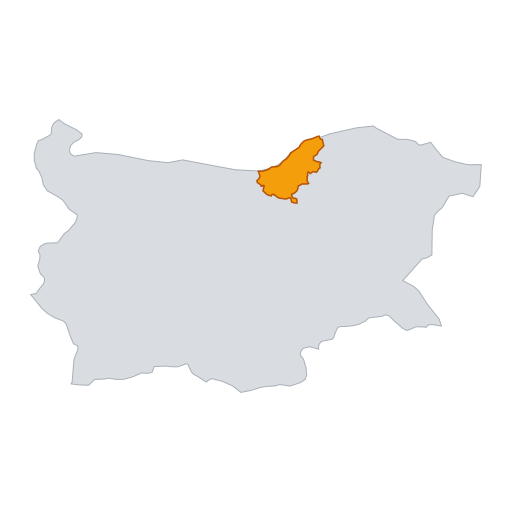 where Ruse sits in Bulgaria
{"feature_id": "BGR-2262", "entity_name": "Ruse", "entity_type": "Province", "adm_level": 1, "iso_a3": "BGR", "parent_name": "Bulgaria", "parent_adm1": "", "projection": "natural_earth1", "projection_center": [25.944, 43.687], "detail": "fine", "context": "in_parent", "style": "filled", "palette": "amber", "viewbox_px": 512, "rotation_deg": 0, "n_neighbors": 0, "source": "natural_earth", "source_scale": "10m", "svg_char_len": 3522}
<svg xmlns="http://www.w3.org/2000/svg" viewBox="0 0 512 512"><path d="M441.5,326.1L431.7,324.5L428.3,325.0L426.1,327.3L421.5,326.8L415.9,326.8L410.0,329.4L406.8,330.5L402.4,328.1L394.2,321.0L389.3,316.0L385.6,314.8L381.9,316.3L368.8,317.9L365.7,320.8L359.6,324.0L353.5,325.6L344.7,326.6L340.0,326.5L337.5,328.0L335.3,332.7L333.8,337.3L332.5,339.1L321.6,341.4L319.2,344.0L318.5,346.6L318.7,349.2L310.0,346.7L303.2,348.3L301.6,350.3L300.2,353.1L301.0,356.1L303.5,359.1L305.9,367.0L306.7,374.9L305.3,379.4L300.3,382.6L289.9,386.1L279.8,384.5L275.4,385.9L267.9,386.3L261.0,387.3L250.5,390.5L240.9,392.4L232.4,385.8L222.2,381.3L211.6,378.6L207.9,380.6L206.3,382.1L197.4,376.3L193.4,374.2L191.4,371.9L187.8,364.2L185.6,363.9L178.2,366.8L171.1,366.7L166.8,366.1L154.2,366.5L152.4,371.8L150.9,372.6L148.1,373.3L141.4,373.0L132.7,376.9L123.5,379.3L116.3,379.4L108.8,378.2L104.3,379.0L94.7,379.5L88.6,385.2L79.1,384.9L71.1,383.9L72.1,382.1L74.0,359.3L78.0,349.1L77.9,347.0L77.1,345.5L73.6,343.8L71.1,338.3L66.1,323.9L63.1,320.9L54.9,317.9L47.8,313.7L41.7,308.2L30.7,294.6L36.4,293.3L38.1,290.5L43.9,283.1L44.6,279.4L44.0,277.3L40.3,273.7L37.8,265.9L39.8,258.6L40.0,254.8L38.2,251.1L40.2,246.5L44.3,243.9L46.9,243.2L57.6,242.7L64.5,233.4L68.6,230.5L72.9,225.2L74.8,223.3L76.7,219.2L77.4,215.0L69.0,209.2L66.2,204.8L62.5,199.9L57.5,196.5L47.3,190.8L43.4,184.9L41.7,177.3L39.1,171.6L36.1,167.8L35.6,164.8L34.4,161.1L34.2,153.7L36.8,144.0L38.4,140.5L41.8,139.6L51.1,134.4L51.6,127.7L53.4,123.6L56.3,121.2L59.0,119.6L64.0,123.5L76.2,129.6L82.1,134.1L81.8,136.9L78.9,139.6L73.6,142.4L70.4,145.9L69.5,150.4L70.3,153.5L74.0,156.2L96.0,152.6L118.2,154.5L148.1,160.6L167.9,162.7L182.6,159.9L209.7,165.0L234.9,169.7L259.2,171.1L272.8,167.4L282.4,162.4L290.6,152.9L310.9,140.5L330.5,133.6L356.2,127.9L373.4,126.0L375.8,127.9L397.7,139.3L407.5,139.4L415.4,141.4L418.3,144.4L420.3,145.2L430.7,142.3L435.4,148.6L442.7,157.3L455.1,161.8L466.2,164.4L469.6,164.8L481.3,164.6L479.8,186.5L473.0,196.7L462.4,193.3L449.1,196.1L442.1,207.7L438.1,211.1L434.5,215.2L432.2,230.2L431.9,254.9L426.8,257.9L422.1,258.9L402.8,280.6L414.1,286.7L419.1,291.4L427.4,304.3L439.1,319.0L441.5,326.1Z" fill="#d9dde1" stroke="#a8b0b8" stroke-width="1"/><path d="M261.9,171.3L263.5,171.1L264.8,170.5L266.2,170.2L267.8,169.6L269.3,168.7L270.5,167.7L271.8,166.9L276.2,166.7L276.7,166.7L279.6,165.5L281.3,163.0L281.5,162.7L283.8,160.4L286.0,159.3L289.4,155.3L290.0,154.0L290.6,153.0L299.3,147.2L299.8,145.7L301.1,144.0L303.7,141.3L306.2,140.1L312.0,138.7L317.7,136.4L319.2,136.2L319.4,137.1L320.5,139.2L322.4,139.4L322.9,142.2L323.8,145.8L318.5,151.2L316.9,154.6L313.6,156.4L313.5,160.1L317.2,161.7L319.4,161.9L321.1,162.7L319.8,164.3L320.0,168.0L318.6,168.8L317.6,170.8L316.6,172.2L312.9,171.7L310.2,173.6L309.3,172.7L308.3,171.9L307.5,173.6L307.7,175.6L307.4,176.1L307.0,176.5L307.2,177.1L307.3,177.8L307.1,181.0L308.6,183.4L307.2,184.1L305.4,183.8L303.8,184.1L302.2,183.8L300.5,185.0L298.2,186.0L297.8,188.9L296.8,190.9L295.1,192.5L293.3,193.7L291.5,194.2L291.9,196.3L293.2,198.1L295.1,198.3L296.7,199.0L297.0,201.0L296.9,203.1L294.2,202.9L291.7,202.1L291.1,199.9L290.7,198.0L288.7,197.9L286.6,198.9L284.7,199.0L282.9,198.6L280.4,198.3L278.0,197.7L276.5,196.5L275.5,195.4L274.3,195.4L273.8,194.3L272.0,194.4L271.1,196.0L267.0,194.6L263.0,190.9L263.5,188.4L264.2,185.9L263.1,185.3L262.1,186.3L261.0,186.1L260.9,185.0L257.3,182.5L256.9,180.5L258.5,179.4L260.0,176.2L258.7,172.2L258.2,171.2L258.6,171.1L261.9,171.3Z" fill="#f59e0b" stroke="#b45309" stroke-width="1.5"/></svg>